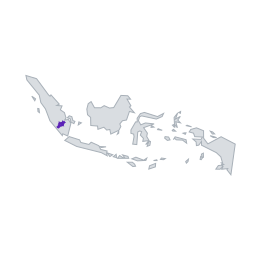 Muara Enim, Sumatera Selatan, Indonesia shown in context, rotated 8°
{"feature_id": "22746128B32446581498560", "entity_name": "Muara Enim", "entity_type": "district", "adm_level": 2, "iso_a3": "IDN", "parent_name": "Indonesia", "parent_adm1": "Sumatera Selatan", "projection": "mercator", "projection_center": [104.014, -3.695], "detail": "fine", "context": "in_parent", "style": "filled", "palette": "violet", "viewbox_px": 256, "rotation_deg": 8, "n_neighbors": 0, "source": "geoboundaries", "source_scale": "gbopen_adm2", "svg_char_len": 5534}
<svg xmlns="http://www.w3.org/2000/svg" viewBox="0 0 256 256"><g transform="rotate(8 128 128)"><path d="M87.8,107.0L92.0,112.6L98.2,111.8L101.3,109.2L106.8,110.8L111.0,109.8L116.5,96.7L123.3,96.1L126.5,99.1L123.0,99.5L127.8,105.6L126.5,107.0L132.2,112.0L127.1,111.4L125.4,120.3L121.5,121.6L119.3,125.1L120.7,127.5L119.3,131.5L111.8,136.4L110.2,132.0L107.2,133.0L104.0,130.6L98.4,133.5L97.6,130.3L90.8,130.7L89.5,122.7L86.1,120.5L84.6,115.0L85.2,109.5L87.8,107.0ZM19.6,90.2L30.6,91.9L44.7,106.3L46.4,107.4L47.1,105.9L56.6,113.9L54.3,115.6L59.6,115.3L58.5,119.4L62.9,121.6L65.2,126.6L64.2,128.9L67.8,127.9L70.8,131.4L69.4,144.3L64.2,142.8L64.0,144.7L49.7,131.7L43.6,120.6L38.2,115.0L35.5,107.8L21.2,94.5L19.6,90.2ZM236.4,129.0L236.4,160.0L231.8,155.6L232.4,154.3L226.6,155.8L227.5,152.7L225.9,151.1L226.4,150.9L227.4,151.0L227.9,150.8L225.2,149.6L226.4,149.2L223.9,143.6L218.9,140.1L203.2,134.8L202.6,131.1L200.5,135.1L198.2,135.9L197.4,132.3L193.7,129.9L201.9,129.1L203.0,126.6L195.3,127.3L193.6,124.0L189.1,123.4L190.4,120.7L195.8,118.3L203.2,120.2L204.3,127.6L209.3,132.6L221.4,123.7L236.4,129.0ZM160.2,111.9L154.8,115.2L139.7,114.1L137.9,115.4L137.3,119.3L140.2,123.1L144.5,120.6L153.3,120.3L143.4,125.5L147.9,130.4L147.7,133.8L150.6,137.5L144.5,139.2L144.7,136.1L141.2,133.3L142.0,129.7L140.1,129.3L138.2,130.6L139.0,143.2L134.9,143.3L135.2,135.8L134.5,133.3L131.6,132.8L131.2,129.5L134.7,120.9L136.3,120.7L135.7,117.1L138.3,112.0L142.1,110.3L155.6,112.6L161.2,108.6L160.2,111.9ZM71.0,144.7L81.7,146.5L83.3,148.9L91.6,149.7L93.5,147.2L101.6,149.6L103.9,153.0L110.5,153.7L110.4,156.6L111.3,158.4L105.0,156.1L79.7,153.4L67.1,149.1L71.0,144.7ZM173.7,112.6L178.2,109.2L176.2,113.2L179.2,115.6L174.4,115.2L176.9,120.9L173.5,117.8L172.2,111.2L175.1,106.2L173.7,112.6ZM175.9,130.2L187.1,131.5L188.2,134.9L183.7,132.4L177.4,133.0L175.5,131.6L174.5,133.2L175.9,130.2ZM150.2,157.6L141.9,159.2L136.1,158.0L139.9,155.8L148.0,157.7L150.8,155.2L150.2,157.6ZM126.4,155.4L131.9,156.1L132.9,157.9L121.8,159.5L123.6,156.4L127.4,158.2L128.6,157.5L126.4,155.4ZM160.3,159.2L160.5,162.7L154.3,165.8L154.6,162.4L160.3,159.2ZM70.8,124.6L72.4,128.3L74.5,128.8L73.8,131.2L70.6,130.0L69.6,127.0L66.5,126.3L68.1,124.1L70.8,124.6ZM224.9,156.0L220.7,156.5L222.7,152.6L226.0,151.8L227.0,153.2L224.9,156.0ZM137.1,161.3L139.6,162.9L140.8,164.8L138.2,165.5L132.1,162.0L137.1,161.3ZM169.5,131.3L171.3,133.9L168.7,134.8L165.7,132.9L165.9,131.4L169.5,131.3ZM110.8,155.5L116.6,156.6L114.0,158.8L110.8,155.5ZM119.9,155.7L120.8,158.9L117.4,158.5L119.9,155.7ZM81.1,129.4L78.3,131.9L78.5,128.8L81.1,129.4ZM206.1,142.4L206.8,146.5L205.5,146.7L204.3,143.7L206.1,142.4ZM108.9,149.7L104.4,151.0L102.5,150.3L108.9,149.7ZM152.1,138.2L152.1,142.0L149.5,143.5L150.5,138.6L152.1,138.2ZM28.3,109.9L32.4,112.0L31.9,114.0L28.3,109.9ZM38.2,125.1L36.6,124.3L35.9,121.2L37.1,121.2L38.2,125.1ZM190.7,154.7L189.8,153.2L192.2,150.4L192.1,152.9L190.7,154.7ZM186.1,117.0L190.8,118.0L185.5,117.6L186.1,117.0ZM157.9,124.5L162.2,125.5L157.5,125.5L157.9,124.5ZM150.1,140.1L147.8,141.9L149.8,138.6L150.1,140.1ZM209.9,119.7L212.3,120.1L214.6,121.8L212.4,122.2L209.9,119.7ZM169.2,153.1L167.7,154.4L164.5,154.6L165.3,153.1L169.2,153.1ZM205.9,147.2L204.9,149.2L203.8,149.1L203.9,146.0L205.9,147.2ZM175.6,124.5L172.8,124.8L172.1,124.2L173.2,123.0L175.6,124.5ZM210.4,124.2L213.8,124.5L217.1,125.2L213.9,125.6L210.4,124.2ZM150.8,122.2L153.6,123.5L150.7,124.2L150.8,122.2ZM177.9,106.1L176.0,105.7L177.8,104.3L177.9,106.1ZM157.8,156.7L160.9,155.5L161.3,156.2L157.8,156.7ZM186.1,124.7L185.6,126.3L183.2,125.5L184.4,125.0L186.1,124.7ZM119.5,134.5L118.3,135.6L119.3,132.1L119.5,134.5ZM172.9,118.2L174.4,120.5L173.8,120.8L171.6,119.0L172.9,118.2Z" fill="#d9dde1" stroke="#a8b0b8" stroke-width="1"/><path d="M58.6,137.3L58.8,137.3L59.0,137.4L59.3,137.2L59.4,136.9L59.3,136.7L59.5,136.6L59.8,136.5L59.7,136.2L59.9,136.0L60.1,135.9L60.3,135.8L60.3,135.7L60.5,135.6L60.6,135.4L60.8,135.2L61.0,135.1L61.3,135.2L61.5,135.2L61.8,135.1L62.0,135.0L62.1,134.9L62.2,134.7L62.3,134.7L62.5,134.5L62.8,134.5L63.0,134.5L62.9,134.4L63.0,134.3L63.0,134.2L63.3,134.1L63.3,133.9L63.4,133.7L63.2,133.5L62.9,133.7L62.9,133.8L62.9,133.7L62.7,133.8L62.6,133.7L62.3,133.6L62.4,133.4L62.2,133.4L62.0,133.5L62.0,133.4L61.9,133.4L61.9,133.5L61.8,133.4L61.8,133.2L61.9,132.9L61.9,132.7L61.7,132.6L61.3,132.6L61.2,132.8L60.8,132.7L60.7,132.6L60.6,132.4L60.5,132.5L60.5,132.4L60.4,132.4L60.2,132.4L60.1,132.5L59.9,132.5L59.7,132.5L59.4,132.5L59.3,132.4L59.3,132.5L59.3,132.9L59.2,133.0L59.0,133.3L59.0,133.5L59.4,133.3L59.6,133.4L59.9,133.6L60.0,133.6L60.0,133.8L60.0,133.7L60.0,133.8L59.9,133.9L60.0,134.0L59.9,134.1L60.0,134.2L60.0,134.3L59.9,134.4L59.9,134.5L59.8,134.8L59.8,135.0L59.7,135.0L59.8,135.0L59.7,135.1L59.5,135.3L59.4,135.3L59.5,135.4L59.5,135.5L59.4,135.5L59.2,135.6L59.2,135.8L59.1,136.0L58.9,136.1L58.6,136.1L58.5,136.4L58.1,136.7L57.9,136.8L58.0,137.0L58.4,137.1L58.5,137.2L58.6,137.3ZM62.4,131.0L62.3,131.3L62.3,131.6L62.2,131.9L62.1,132.0L62.3,132.1L62.2,132.1L62.3,132.1L62.2,132.1L62.3,132.2L62.2,132.2L62.3,132.3L62.2,132.3L62.1,132.5L62.3,132.6L62.5,132.6L62.8,132.6L62.7,132.9L62.6,133.0L62.7,133.3L62.9,133.3L63.1,133.3L63.2,133.2L63.3,133.2L63.3,132.9L63.5,132.8L63.6,132.7L63.7,132.4L63.7,132.1L63.8,132.1L63.8,131.9L63.7,131.9L63.5,131.7L63.4,131.5L63.4,131.4L63.5,131.4L63.9,131.3L64.0,131.3L64.4,131.2L64.2,131.0L64.1,130.9L64.0,131.0L63.9,131.1L63.7,131.0L63.4,131.1L63.1,131.0L62.9,131.0L62.8,130.9L62.8,131.0L62.7,131.0L62.4,131.0L62.4,131.0Z" fill="#8b5cf6" stroke="#5b21b6" stroke-width="1.5"/></g></svg>